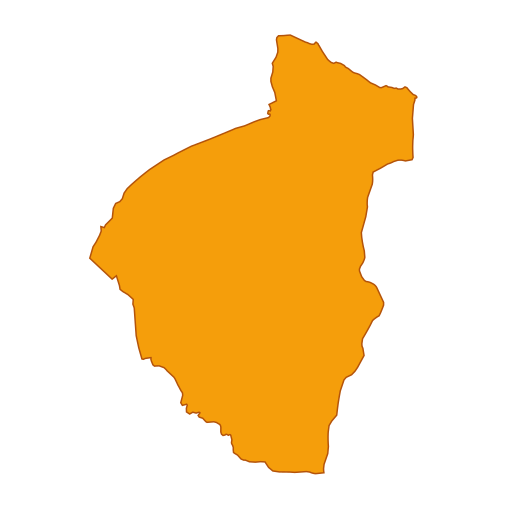 Lupac, Caras-Severin, Romania (orthographic projection), rotated 178°
{"feature_id": "2599482B56310915101531", "entity_name": "Lupac", "entity_type": "district", "adm_level": 2, "iso_a3": "ROU", "parent_name": "Romania", "parent_adm1": "Caras-Severin", "projection": "orthographic", "projection_center": [21.804, 45.262], "detail": "fine", "context": "isolated", "style": "filled", "palette": "amber", "viewbox_px": 512, "rotation_deg": 178, "n_neighbors": 0, "source": "geoboundaries", "source_scale": "gbopen_adm2", "svg_char_len": 4254}
<svg xmlns="http://www.w3.org/2000/svg" viewBox="0 0 512 512"><g transform="rotate(178 256 256)"><path d="M214.0,475.6L217.3,475.5L220.6,475.3L225.8,475.3L227.5,473.6L227.8,472.4L228.0,471.3L226.9,462.5L227.1,458.9L229.0,454.0L231.0,451.0L233.0,448.0L232.2,444.9L232.8,439.3L234.9,433.2L235.0,429.9L233.7,424.5L231.5,418.7L230.2,410.4L237.7,407.0L236.5,404.1L236.4,403.0L236.0,401.7L236.7,400.5L237.2,400.8L238.5,400.8L238.9,399.8L239.3,398.1L238.7,397.3L237.8,397.4L237.0,397.1L237.0,395.6L237.8,394.7L238.7,393.9L247.3,392.1L253.1,390.2L263.0,386.4L267.6,385.3L272.1,384.2L274.5,383.2L286.2,378.8L298.0,374.4L316.7,368.0L321.3,365.9L330.4,361.7L335.0,359.4L344.5,355.2L359.5,346.0L364.3,342.5L369.0,339.0L373.6,335.3L378.1,331.6L382.3,327.9L385.6,323.5L387.6,317.9L390.2,315.1L394.4,313.4L396.9,308.7L398.3,298.9L405.3,292.3L406.6,289.7L410.0,290.8L409.8,286.3L411.6,282.1L415.3,275.5L418.5,270.9L422.2,259.6L400.6,237.9L396.2,241.1L393.5,231.2L393.0,227.4L390.3,225.1L385.2,221.8L380.2,216.9L380.7,212.2L379.5,208.4L378.5,180.5L376.4,168.5L373.6,157.1L372.9,156.9L372.2,156.7L370.2,157.5L367.6,157.8L365.0,158.1L364.5,158.1L364.6,156.9L364.6,156.2L364.2,154.6L362.8,150.8L361.3,149.5L358.8,149.6L356.6,149.6L351.7,147.6L349.8,145.6L349.6,145.4L349.0,144.5L344.7,140.2L342.3,137.8L341.3,136.2L339.5,132.1L338.6,129.9L337.6,128.0L336.8,126.3L335.6,123.9L334.3,121.9L334.1,119.4L336.3,112.0L334.8,109.3L330.5,110.3L329.9,109.3L330.9,106.2L330.9,102.6L327.8,100.4L324.6,102.1L321.3,101.1L319.5,101.6L318.7,101.8L318.4,101.8L318.0,101.7L317.6,101.5L317.7,100.8L318.1,100.3L318.5,99.8L319.4,98.7L318.5,97.2L318.4,97.0L314.9,95.7L311.9,92.2L310.8,91.5L303.9,91.8L301.3,91.0L299.2,89.6L298.0,88.9L297.3,87.4L297.1,86.0L297.3,81.4L296.7,79.2L295.2,77.8L293.2,78.2L292.1,78.9L291.1,78.6L289.9,77.8L288.5,78.4L287.9,78.3L287.5,77.8L287.3,76.9L286.5,73.1L287.0,70.5L286.9,69.4L285.9,67.3L285.4,65.4L285.5,62.8L285.3,60.4L284.2,59.5L281.4,57.7L278.0,53.6L275.3,52.4L273.9,52.4L272.2,51.7L269.8,50.6L263.8,50.0L258.7,50.3L254.2,49.9L250.8,44.3L246.7,40.6L240.2,39.4L229.6,38.9L224.8,38.4L213.2,38.8L209.8,38.2L208.4,37.5L206.9,37.0L205.4,36.6L203.9,36.4L195.7,37.0L195.9,39.1L195.9,41.1L195.6,43.2L195.3,45.2L195.2,45.6L191.2,56.0L190.3,63.1L190.4,66.4L190.4,69.8L190.3,73.1L190.1,76.4L189.9,78.1L188.9,84.0L186.0,88.5L180.9,94.1L180.0,100.1L179.0,106.2L177.8,112.2L176.5,118.2L172.4,129.1L170.1,131.6L164.6,134.0L161.1,137.4L158.4,141.1L151.5,152.8L152.4,160.0L153.2,162.2L153.3,164.6L152.4,169.6L149.6,174.0L146.9,178.4L144.3,182.8L141.8,187.4L140.3,188.7L138.6,189.9L136.9,191.0L135.1,191.9L133.7,194.5L132.5,197.1L131.3,199.8L130.2,202.5L130.1,205.2L136.4,220.1L137.0,221.2L137.8,222.2L138.7,223.1L139.6,223.8L141.0,224.6L142.4,225.4L143.9,226.0L145.4,226.4L147.0,226.7L148.6,227.9L151.1,231.6L153.1,237.4L153.1,239.3L151.8,242.3L151.0,243.3L150.3,244.3L149.6,245.3L149.0,246.4L148.5,247.5L148.0,248.6L147.6,249.7L147.3,250.9L147.6,257.3L148.5,261.8L149.2,266.4L149.7,271.0L149.9,275.7L144.9,291.5L142.9,301.2L143.1,303.6L143.0,306.0L142.8,308.3L142.4,310.7L137.3,323.7L136.9,326.0L136.7,328.4L136.7,330.7L136.8,333.0L136.0,335.8L132.3,337.6L128.5,339.4L124.8,341.4L121.2,343.4L119.6,343.8L118.1,344.3L116.6,344.9L115.1,345.6L110.8,346.8L108.9,346.8L107.0,346.7L105.1,346.3L103.3,345.8L96.7,346.8L95.6,349.0L95.7,351.8L95.7,354.7L95.7,357.6L95.6,360.4L95.4,363.3L95.2,366.2L94.8,369.0L94.5,371.8L94.9,388.1L93.3,401.9L91.8,406.1L91.6,408.2L90.6,408.2L89.8,408.7L89.8,409.5L90.2,410.1L90.7,410.6L90.9,410.8L92.4,411.5L93.2,411.8L96.2,414.9L98.3,417.5L99.3,418.9L101.2,419.8L102.4,419.0L103.6,418.2L105.8,417.8L107.0,417.9L108.3,417.9L109.9,418.9L112.1,418.7L113.4,419.3L113.9,419.5L114.4,419.7L118.2,420.4L119.2,421.3L120.1,421.7L122.4,420.8L124.7,419.9L126.4,420.0L130.6,422.7L135.6,425.1L137.4,426.6L139.2,428.2L146.2,433.7L148.5,434.7L151.2,435.5L152.8,436.3L153.7,437.0L157.2,440.1L160.0,441.7L161.0,443.2L164.7,445.5L168.1,446.4L169.2,446.9L171.5,445.8L174.1,446.8L176.1,448.5L177.6,450.0L182.6,458.2L185.7,464.1L186.0,464.4L186.6,465.9L187.9,467.1L188.2,467.5L189.0,467.5L189.6,466.7L190.1,466.2L190.5,465.7L192.6,465.6L193.8,465.9L194.9,466.3L195.9,466.7L196.9,467.3L199.1,468.0L214.0,475.6Z" fill="#f59e0b" stroke="#b45309" stroke-width="1.5"/></g></svg>